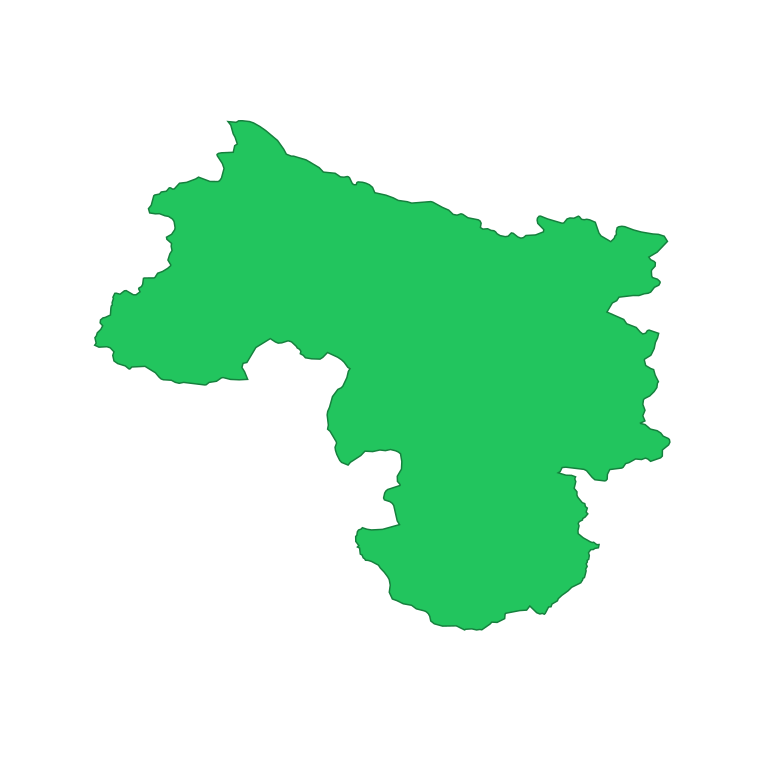 Nam Nhun, Lai Chau, Vietnam (Equal Earth projection), rotated 285°
{"feature_id": "81297802B14703404520131", "entity_name": "Nam Nhun", "entity_type": "district", "adm_level": 2, "iso_a3": "VNM", "parent_name": "Vietnam", "parent_adm1": "Lai Chau", "projection": "equal_earth", "projection_center": [102.988, 22.256], "detail": "fine", "context": "isolated", "style": "filled", "palette": "green", "viewbox_px": 768, "rotation_deg": 285, "n_neighbors": 0, "source": "geoboundaries", "source_scale": "gbopen_adm2", "svg_char_len": 6158}
<svg xmlns="http://www.w3.org/2000/svg" viewBox="0 0 768 768"><g transform="rotate(285 384 384)"><path d="M457.2,648.5L462.8,643.6L467.7,640.7L468.0,637.6L469.6,632.0L474.6,629.2L475.6,629.4L480.8,634.3L482.4,634.7L488.2,635.8L494.4,635.4L499.2,636.3L504.0,636.2L504.7,626.1L503.7,624.6L500.8,623.6L499.3,621.0L500.5,618.1L503.9,613.0L505.0,602.8L508.4,598.9L511.2,580.7L521.4,583.6L524.7,587.2L528.7,588.5L534.0,601.8L535.4,607.3L538.5,612.0L540.0,615.6L541.8,617.8L547.4,620.2L550.6,623.9L553.3,624.5L554.4,624.0L556.0,621.0L556.3,615.9L557.4,614.7L562.0,613.1L563.6,613.1L568.0,615.4L571.4,614.7L572.3,613.2L573.1,609.4L575.1,606.9L582.0,613.7L595.1,620.9L599.3,616.4L599.6,610.4L598.5,604.9L597.4,593.2L597.4,585.2L598.3,575.9L597.9,572.9L596.7,570.2L595.4,568.8L591.6,568.8L588.4,569.8L587.1,568.9L584.2,568.6L580.2,566.2L583.2,555.3L585.5,552.5L594.9,546.2L595.8,540.2L595.6,537.2L594.5,534.9L594.2,532.2L596.2,529.4L596.4,528.3L593.3,524.6L592.5,520.6L590.8,518.1L586.1,516.0L585.4,514.4L585.8,499.2L586.7,491.8L586.2,490.4L583.9,489.3L581.9,489.5L578.9,491.0L574.5,498.4L572.2,498.6L567.2,491.8L564.2,482.7L561.4,480.7L560.3,478.4L560.7,475.1L563.0,469.9L562.9,467.9L558.9,465.7L557.7,463.0L557.4,457.7L558.4,454.3L559.9,452.3L560.5,450.5L560.1,447.6L560.8,443.9L559.2,439.4L560.1,436.6L564.5,436.2L566.4,434.5L567.0,432.5L566.3,422.0L568.3,416.1L568.3,414.3L566.0,410.9L565.7,406.9L568.7,401.5L569.7,394.8L572.3,384.1L572.3,382.0L565.9,363.9L566.1,359.3L565.0,350.2L566.2,344.8L566.9,337.0L566.4,325.6L571.0,322.0L572.7,318.3L573.3,314.5L573.3,311.2L572.5,306.7L571.6,305.7L569.4,305.6L568.7,303.6L569.3,301.6L574.3,297.3L574.9,296.0L574.9,294.8L573.4,291.8L572.8,288.3L574.9,282.3L573.0,270.6L576.2,265.4L580.3,250.8L580.7,237.8L580.1,235.6L580.7,230.2L584.9,226.3L591.6,218.2L598.2,204.1L600.6,197.5L602.4,190.5L602.7,186.2L601.6,178.9L600.6,175.5L598.5,173.5L597.1,165.4L594.4,169.0L586.6,173.6L583.8,176.3L577.9,180.2L575.5,178.1L568.8,178.4L565.2,167.0L563.9,164.4L562.5,163.3L561.4,163.8L555.1,170.8L550.8,173.7L540.8,173.7L537.8,172.6L536.6,171.3L534.6,163.5L535.8,151.3L533.3,149.0L527.7,141.2L525.0,134.5L518.3,131.0L517.5,129.5L518.2,127.2L517.9,125.8L513.9,123.9L511.8,119.1L509.4,118.0L507.2,113.6L506.2,112.9L496.4,112.9L492.4,111.1L488.6,113.4L489.2,119.1L490.4,123.0L489.8,128.8L490.1,132.5L488.6,137.0L486.6,139.2L480.8,141.8L478.8,141.9L473.6,140.1L469.5,135.9L467.6,136.8L464.8,142.4L461.9,142.8L458.1,144.7L454.3,143.5L447.8,143.2L443.9,147.2L443.0,147.3L439.7,145.1L435.4,141.0L432.4,136.7L427.7,135.2L426.9,134.4L424.4,125.2L423.8,124.3L417.9,125.1L415.3,124.5L413.4,122.5L412.4,122.4L409.9,124.5L406.0,121.4L405.3,118.8L407.5,110.8L406.8,109.1L402.4,105.8L402.4,101.8L401.9,100.5L397.6,99.7L396.5,100.5L392.3,100.3L390.0,101.1L388.7,100.4L386.4,100.6L379.8,101.9L376.1,97.4L375.1,95.4L372.5,93.6L369.6,94.0L367.4,97.2L363.4,96.3L359.2,93.8L356.0,93.7L353.9,92.8L348.9,95.4L346.6,94.5L345.8,99.1L348.3,106.7L348.1,110.2L345.2,114.8L341.4,114.6L336.4,117.2L334.8,121.5L334.5,129.5L332.6,133.6L332.7,134.6L335.2,136.1L339.2,148.6L335.7,160.3L332.4,165.0L331.2,167.4L331.0,169.7L332.6,177.6L331.6,181.9L331.7,186.0L333.7,190.0L336.7,211.1L337.2,212.4L340.3,214.7L343.3,221.5L347.9,225.4L348.6,227.0L348.7,234.5L350.6,243.1L353.2,251.1L359.7,246.2L363.2,242.5L367.5,242.5L369.3,246.0L386.1,250.8L398.4,262.4L396.5,268.2L396.1,271.2L397.3,274.6L400.9,280.2L400.8,283.7L397.6,289.7L396.4,290.8L395.6,293.6L394.0,295.3L391.6,295.3L390.8,298.6L389.0,301.3L389.6,307.6L391.5,315.8L393.9,318.0L399.8,321.3L397.9,332.3L396.4,336.7L394.7,339.9L390.7,344.8L390.0,347.2L387.0,346.3L380.6,346.5L371.3,344.8L369.3,343.7L366.8,340.8L358.5,337.5L347.5,337.4L342.9,336.7L339.4,337.1L329.9,340.9L325.8,341.2L324.4,344.1L315.8,352.9L314.4,353.5L310.2,353.1L307.4,354.3L303.8,356.6L298.8,361.0L297.3,363.3L296.4,370.3L299.7,371.8L308.9,380.1L314.2,383.0L315.8,390.6L319.2,397.1L320.0,402.6L322.4,407.2L322.5,412.4L322.0,415.5L320.9,418.0L313.7,421.3L306.3,422.9L298.3,420.7L293.4,422.2L291.1,425.5L290.1,425.7L283.0,414.8L281.1,413.5L278.8,412.9L273.8,413.1L272.2,414.4L271.9,420.2L270.8,423.0L269.1,424.9L255.2,432.2L252.2,435.4L243.2,420.2L239.8,409.7L239.3,405.1L239.6,400.3L237.9,399.4L236.4,397.2L234.4,396.5L230.9,396.9L229.4,396.1L224.6,397.5L221.4,401.5L219.7,400.5L219.2,402.9L213.6,405.1L213.1,407.1L210.7,408.9L210.2,410.5L209.0,411.7L209.5,414.3L209.4,417.7L207.6,425.5L205.2,428.2L202.4,432.8L198.7,437.5L196.4,439.7L191.3,442.1L184.2,443.0L178.5,447.7L178.1,452.5L176.7,459.5L177.4,467.9L175.2,473.4L175.3,481.7L174.9,483.9L173.6,486.3L171.5,488.3L167.2,490.5L165.4,494.6L165.3,503.2L169.1,516.4L167.3,525.5L168.3,526.5L170.2,532.2L170.4,537.1L171.7,540.0L171.9,542.1L179.5,548.5L181.9,549.8L183.0,555.0L188.6,561.3L193.1,560.5L194.1,561.0L200.3,573.8L202.5,580.3L207.3,582.3L202.6,590.7L202.2,594.1L203.4,596.3L203.1,598.4L204.1,599.1L211.2,600.7L212.1,603.0L214.9,603.2L219.4,607.6L221.8,607.9L225.9,610.5L231.8,615.3L236.2,617.9L242.9,625.5L246.4,626.6L247.7,626.4L248.9,627.7L252.4,627.7L255.8,627.6L257.5,626.7L260.3,627.5L262.7,625.8L264.6,626.5L266.2,625.9L267.6,627.1L271.5,626.7L273.9,625.2L277.4,626.5L278.4,629.2L279.7,630.1L281.3,633.5L284.6,633.3L283.9,631.1L285.4,627.5L284.8,626.2L284.9,624.3L287.0,616.2L289.7,610.3L292.5,609.3L297.5,609.1L299.4,607.7L300.2,607.8L301.7,608.3L304.0,610.9L305.5,610.8L307.5,612.7L311.3,614.5L312.6,612.4L316.8,612.5L317.7,610.3L320.4,608.9L320.7,606.2L324.7,600.6L326.6,599.1L329.8,598.3L332.4,594.7L339.4,594.5L341.7,592.8L343.9,593.1L344.3,588.8L343.0,583.4L343.3,575.2L345.0,576.8L349.4,577.7L350.7,581.1L353.3,599.2L352.7,602.1L347.7,609.2L346.1,612.4L347.5,622.2L348.1,623.3L349.9,624.2L354.5,623.2L359.8,624.2L364.4,635.5L365.4,636.5L369.7,638.0L371.4,640.9L376.7,646.4L377.7,652.3L380.1,655.7L379.9,658.1L378.3,661.5L384.3,670.3L386.4,671.5L392.4,670.0L398.9,674.7L401.8,675.2L404.1,674.1L404.9,672.9L405.9,667.1L408.3,664.0L409.6,659.9L409.4,653.0L412.4,646.7L412.3,642.1L412.6,641.8L415.9,645.6L420.3,642.2L426.2,642.9L431.3,639.3L436.1,638.7L437.4,639.5L441.3,643.8L446.6,646.9L451.2,648.5L455.6,647.9L457.2,648.5Z" fill="#22c55e" stroke="#15803d" stroke-width="1.5"/></g></svg>